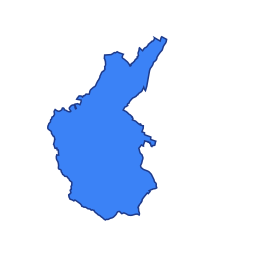 Tarnaveni, Mures, Romania (Albers equal-area conic projection), rotated 222°
{"feature_id": "2599482B24834909765304", "entity_name": "Tarnaveni", "entity_type": "district", "adm_level": 2, "iso_a3": "ROU", "parent_name": "Romania", "parent_adm1": "Mures", "projection": "albers", "projection_center": [24.284, 46.321], "detail": "fine", "context": "isolated", "style": "filled", "palette": "blue", "viewbox_px": 256, "rotation_deg": 222, "n_neighbors": 0, "source": "geoboundaries", "source_scale": "gbopen_adm2", "svg_char_len": 5832}
<svg xmlns="http://www.w3.org/2000/svg" viewBox="0 0 256 256"><g transform="rotate(222 128 128)"><path d="M158.6,219.7L164.0,218.4L164.0,217.7L162.3,214.1L168.7,212.8L168.2,212.6L168.1,211.8L167.6,210.7L167.6,210.0L167.7,209.2L168.0,208.8L168.1,208.3L168.4,208.1L168.1,207.5L168.5,206.8L168.6,204.9L168.9,203.9L168.6,203.4L168.6,203.1L168.5,202.5L168.4,200.9L168.5,200.2L169.0,199.2L169.2,198.1L169.2,197.4L168.8,195.2L171.9,195.1L171.9,195.3L173.1,195.3L173.1,194.9L171.7,192.9L170.7,190.4L168.6,188.7L168.8,186.9L167.9,186.6L168.1,186.1L168.0,184.8L168.1,184.5L168.4,184.2L168.2,183.5L168.3,183.0L168.1,182.5L167.8,181.9L168.0,181.3L168.0,180.4L168.1,179.8L168.1,179.3L168.2,178.5L168.6,178.3L168.6,178.1L168.3,177.1L167.6,176.5L167.6,176.0L167.7,175.8L168.0,175.4L168.3,175.4L169.3,176.1L169.6,176.0L170.5,176.3L172.6,176.7L176.7,176.6L178.3,176.3L179.1,176.4L179.7,176.8L179.9,176.8L180.0,177.0L180.1,177.6L180.6,178.5L180.7,179.0L180.8,179.7L185.4,177.8L187.1,177.4L187.4,176.2L187.8,175.3L188.2,175.2L188.6,174.9L189.0,173.6L189.0,173.1L189.4,172.2L189.6,171.3L194.2,166.6L192.1,163.8L191.1,163.5L190.2,162.9L190.0,162.6L189.5,162.6L187.9,160.9L187.5,160.7L186.8,159.7L186.4,158.7L186.4,158.0L185.6,157.4L185.2,156.7L184.7,156.6L184.3,156.0L184.3,155.6L184.4,155.0L184.3,154.3L184.2,154.1L184.4,153.4L184.6,153.3L184.8,151.8L183.9,149.1L183.6,147.9L182.9,146.9L182.7,146.5L182.0,143.9L182.0,143.0L181.3,140.3L180.5,138.0L180.4,137.4L180.4,136.4L180.9,135.3L181.3,131.8L181.3,131.0L180.8,129.5L180.3,128.8L179.5,127.1L181.9,125.1L181.9,123.2L182.3,122.3L182.5,122.3L182.7,121.8L182.7,121.5L182.5,121.2L182.4,120.6L182.9,120.5L183.6,120.6L184.0,120.5L185.2,119.7L185.6,119.2L185.7,118.9L185.8,118.9L185.8,118.0L185.6,116.6L185.7,116.2L185.4,115.0L181.6,117.4L180.5,116.3L179.4,113.5L179.3,113.1L180.2,112.9L181.8,112.3L181.8,112.2L183.2,110.5L183.5,109.9L179.5,107.9L179.8,107.2L181.0,107.7L182.3,108.9L183.0,109.1L183.7,108.8L184.2,108.4L184.7,107.8L185.1,106.8L185.2,105.5L185.1,104.1L185.1,103.8L184.8,103.3L183.8,102.7L181.9,102.4L181.7,102.2L181.7,101.7L182.1,101.0L183.6,100.1L186.3,99.5L187.4,98.9L188.6,99.7L189.4,99.6L189.9,99.2L190.1,98.9L190.1,98.6L189.5,97.6L189.4,97.0L189.8,95.7L190.3,94.3L191.7,93.5L193.4,93.1L194.5,93.0L194.3,91.9L194.0,90.8L191.8,89.0L191.6,88.7L191.5,87.5L191.2,86.9L191.4,86.1L191.8,85.4L191.8,85.2L190.8,83.5L191.0,82.5L190.9,82.2L189.7,80.5L189.7,78.2L189.0,76.7L188.9,76.0L188.5,75.4L187.6,74.3L187.0,73.9L186.0,73.8L183.0,74.1L182.3,73.8L181.2,72.8L180.8,72.7L178.0,71.9L177.3,72.3L174.7,70.6L174.8,70.3L173.6,68.5L172.4,66.0L171.6,65.8L168.9,64.2L168.6,64.1L167.7,64.9L167.7,65.3L167.4,65.5L166.1,64.3L165.1,65.0L161.5,61.5L161.8,61.4L162.2,60.8L163.0,60.4L162.1,58.7L160.8,57.4L159.9,56.8L157.5,56.0L156.1,55.1L154.6,53.8L153.0,51.7L152.4,51.3L151.7,51.3L150.5,51.8L149.8,51.9L149.2,51.7L148.3,50.8L147.2,50.6L145.5,49.8L144.3,50.0L142.7,49.8L140.9,51.1L139.4,50.7L138.0,50.7L136.3,50.0L133.5,50.1L132.7,49.3L131.4,47.6L131.3,47.3L131.4,46.9L131.2,46.4L129.8,45.3L129.1,44.5L129.1,44.0L129.5,43.9L129.3,43.0L127.3,41.9L127.0,41.5L127.2,40.9L127.0,40.4L127.1,40.1L127.1,39.6L127.4,38.9L127.3,38.6L126.9,38.3L126.7,38.0L126.3,38.0L126.1,37.6L125.6,37.2L123.4,36.3L121.2,37.3L119.4,37.6L119.3,38.9L118.2,39.2L112.8,39.8L111.0,39.5L109.9,38.9L109.4,39.3L107.9,39.6L107.1,40.3L106.3,40.8L105.3,41.0L103.9,41.1L102.0,42.4L100.7,42.3L100.1,42.6L99.8,43.3L98.4,43.7L98.2,44.0L97.1,43.6L96.0,43.4L93.3,43.6L92.1,43.5L90.3,44.1L87.9,44.1L87.3,44.3L85.0,44.2L83.3,44.5L83.1,45.2L82.7,45.9L81.7,46.6L81.2,47.7L80.8,49.0L79.8,50.4L79.2,52.0L79.1,53.2L79.0,55.0L79.1,56.3L79.5,57.6L79.6,58.6L79.5,58.9L79.2,59.5L78.4,60.3L75.4,60.1L74.9,60.8L74.4,62.0L74.2,62.2L71.9,63.0L69.8,63.4L69.2,63.7L67.4,65.0L66.5,66.1L64.7,69.0L63.9,69.8L63.3,70.4L62.6,70.5L61.5,70.8L61.9,71.7L62.4,72.2L63.5,73.0L64.1,73.1L66.7,75.6L67.1,75.4L67.4,75.6L68.0,77.2L67.7,77.4L68.0,78.3L68.3,78.7L68.2,80.3L68.3,80.7L68.7,81.6L68.4,81.8L68.7,83.0L69.0,83.3L69.3,84.2L69.6,84.3L69.7,84.5L70.0,88.1L70.2,92.6L69.0,92.8L69.1,95.5L70.3,95.5L69.3,98.0L69.0,98.4L68.5,99.6L67.2,101.2L66.6,102.6L66.6,102.8L68.3,103.8L69.5,105.3L70.9,105.8L72.1,105.7L72.9,106.1L74.2,107.0L79.7,109.2L82.8,109.5L84.5,109.2L88.9,107.5L90.5,107.5L91.4,107.3L92.3,107.6L93.2,108.2L93.6,108.6L94.3,111.0L95.4,113.0L95.7,113.4L95.9,114.1L96.6,115.4L97.1,116.0L99.8,117.5L101.7,117.4L103.4,118.2L105.4,119.6L106.4,120.1L106.5,122.7L106.6,123.0L106.7,124.3L106.6,124.5L105.1,124.6L104.4,124.9L105.0,125.5L105.6,126.7L106.3,128.6L107.0,129.5L103.8,131.2L103.7,130.9L103.3,131.0L102.0,131.9L101.4,131.1L101.0,131.3L100.6,131.3L99.8,130.8L99.0,130.1L97.8,130.2L97.9,131.1L97.7,131.8L97.2,132.1L96.9,132.6L96.6,133.2L98.3,136.2L98.5,136.8L103.5,134.6L105.0,136.6L110.9,134.2L111.4,134.2L112.5,135.5L115.1,134.5L116.6,138.1L117.6,139.2L117.7,139.5L118.1,139.9L118.4,139.6L120.5,138.7L120.7,139.0L120.9,138.8L121.4,139.4L121.7,139.2L121.4,138.7L121.8,138.3L122.7,138.2L126.9,138.2L130.2,137.0L130.4,137.7L130.7,138.4L131.4,138.7L132.1,138.6L132.3,139.1L135.0,139.2L136.7,138.9L139.0,139.1L140.1,138.9L140.3,139.0L143.6,138.1L143.9,139.5L144.3,140.9L144.3,141.4L144.3,141.7L143.7,142.7L143.5,143.8L143.2,144.5L144.0,144.9L144.4,145.5L144.4,146.1L143.9,147.0L144.5,148.7L144.6,149.8L144.6,152.8L144.5,153.5L143.7,155.5L143.6,155.8L143.2,156.9L143.3,157.7L143.2,158.8L142.9,159.4L143.2,160.3L143.1,160.7L143.1,161.5L142.8,162.2L142.8,162.7L142.4,163.8L142.5,164.2L142.4,164.6L142.5,165.4L142.8,165.8L143.1,167.0L143.1,167.5L143.6,168.8L142.2,168.0L141.1,167.6L140.0,167.4L142.0,171.6L150.4,185.1L151.3,187.3L151.5,189.6L151.9,191.6L153.0,193.9L152.7,195.6L152.6,197.4L153.0,198.9L153.7,199.7L154.3,202.2L154.7,205.8L154.7,208.5L154.9,209.2L156.3,212.3L156.6,213.7L156.9,216.3L157.3,217.6L158.6,219.7Z" fill="#3b82f6" stroke="#1e3a8a" stroke-width="1.5"/></g></svg>